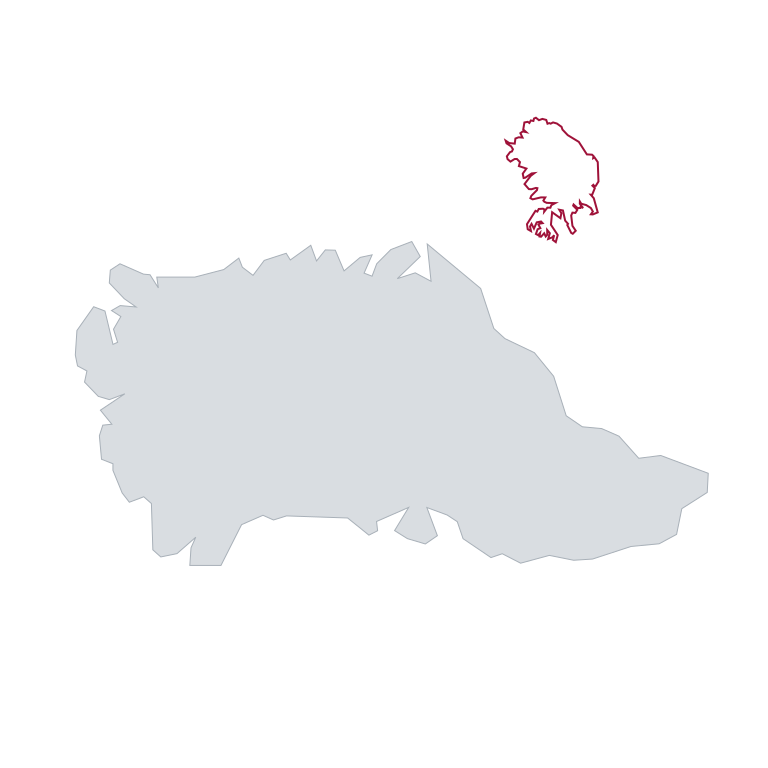 Iceland highlighted, orthographic projection, rotated 256°
{"feature_id": "ISL", "entity_name": "Iceland", "entity_type": "country or territory", "adm_level": 0, "iso_a3": "ISL", "parent_name": "Europe", "parent_adm1": "", "projection": "orthographic", "projection_center": [-19.868, 64.966], "detail": "medium", "context": "with_neighbors", "style": "outline", "palette": "rose", "viewbox_px": 768, "rotation_deg": 256, "n_neighbors": 1, "source": "natural_earth", "source_scale": "50m", "svg_char_len": 3317}
<svg xmlns="http://www.w3.org/2000/svg" viewBox="0 0 768 768"><g transform="rotate(256 384 384)"><path d="M441.1,103.8L458.3,93.9L468.5,98.9L475.7,91.0L486.8,91.5L510.2,99.0L529.2,121.0L522.3,130.9L488.0,130.6L488.9,135.6L502.6,134.8L513.1,145.0L521.2,137.4L523.9,147.0L518.7,162.1L529.6,152.6L548.5,141.9L560.7,146.0L564.5,156.9L548.8,177.2L546.6,183.4L531.8,188.3L542.7,189.4L533.5,226.3L533.8,256.2L541.3,273.6L531.6,274.8L521.1,283.2L532.9,297.7L534.5,320.7L527.0,323.1L536.3,346.5L519.7,348.3L528.3,359.5L525.6,369.1L503.4,372.6L512.6,391.5L512.2,403.7L496.4,391.5L491.5,398.5L502.4,406.0L512.8,423.2L515.5,445.4L498.9,450.0L483.0,422.4L484.3,441.2L472.3,454.5L509.4,459.8L453.3,500.9L411.3,504.0L398.8,512.3L378.0,537.5L350.4,550.5L309.1,553.1L294.5,566.1L288.1,584.4L276.5,599.4L250.3,613.2L247.7,635.2L218.9,677.0L200.6,671.4L191.0,642.8L167.3,631.5L162.4,612.3L166.6,584.4L163.7,544.0L167.1,525.4L177.7,503.0L177.1,473.2L190.7,457.7L189.7,445.8L214.8,423.3L232.7,421.8L241.6,413.6L253.8,395.7L223.9,399.1L218.8,385.4L228.3,369.3L239.2,358.8L258.3,378.1L252.4,343.5L243.2,342.3L241.0,332.8L262.8,316.3L279.6,257.5L278.8,243.9L285.9,234.8L282.0,211.8L247.4,181.9L254.9,151.7L271.7,157.1L280.9,164.3L269.5,142.1L270.2,125.6L279.0,119.6L324.3,129.4L332.7,123.6L330.9,108.3L341.6,103.6L365.8,100.1L372.2,101.7L379.3,91.7L402.6,95.3L412.1,101.2L410.8,110.2L427.2,102.5L437.2,130.2L435.3,113.7L441.1,103.8Z" fill="#d9dde1" stroke="#a8b0b8" stroke-width="1"/><path d="M580.6,565.9L583.9,564.8L587.9,561.1L590.7,560.9L587.5,563.8L585.6,569.0L590.4,570.9L590.8,574.3L589.6,578.0L594.4,577.0L595.5,579.7L594.0,582.9L597.3,580.7L603.8,583.5L603.6,586.9L602.1,588.2L604.2,590.2L603.1,592.6L605.3,593.8L605.6,595.8L602.5,598.2L602.9,601.8L601.0,605.3L597.0,605.6L597.2,607.4L596.3,608.7L596.9,611.3L594.9,614.8L590.5,618.5L587.7,618.7L581.0,622.5L571.8,631.6L557.7,636.4L556.2,641.3L554.6,642.4L552.5,641.6L552.9,643.1L547.6,645.1L528.6,641.1L525.0,637.4L525.3,635.8L526.6,635.3L526.0,634.2L523.1,636.0L517.3,631.8L517.7,630.4L513.5,632.5L498.8,632.9L498.0,627.6L498.6,625.8L500.8,628.4L504.7,627.3L508.7,623.5L511.2,619.0L513.7,618.2L511.5,617.6L506.6,619.8L508.5,617.7L507.3,617.1L508.0,614.3L512.3,611.4L511.3,610.7L506.2,613.7L503.7,611.1L504.7,608.3L502.2,606.4L491.9,605.1L486.3,607.1L484.1,603.5L485.3,602.2L493.9,600.3L494.9,601.3L498.7,599.3L509.1,599.6L510.7,596.2L506.8,597.4L502.2,595.3L510.0,588.7L498.1,584.5L486.5,588.6L480.1,585.0L482.9,582.7L487.2,585.1L485.6,582.8L485.0,578.4L490.2,581.4L494.0,579.6L489.3,578.5L488.0,576.6L491.5,575.9L488.9,572.0L489.5,570.6L492.8,572.0L491.1,569.6L492.8,567.7L497.0,570.5L497.4,573.4L501.4,572.4L501.9,573.8L501.7,576.8L503.7,575.7L503.9,571.3L498.5,567.1L503.7,565.9L501.5,563.8L496.8,563.6L499.4,560.9L504.5,561.4L515.4,572.9L514.2,574.5L516.4,576.5L515.6,580.7L514.6,581.9L512.4,581.1L515.6,585.2L514.8,588.1L517.0,589.6L518.1,593.9L520.4,585.7L522.0,583.7L523.4,583.0L526.0,585.6L527.1,581.5L527.2,572.9L528.9,571.0L530.9,572.4L535.1,579.3L536.9,580.2L537.5,578.9L537.3,574.2L538.1,571.7L544.0,568.7L550.5,576.8L552.2,580.9L552.6,578.2L550.0,571.0L550.1,569.3L554.5,569.5L558.6,574.3L562.8,567.6L566.4,569.6L570.2,567.4L570.7,565.1L569.2,560.5L572.3,558.3L575.2,558.3L578.5,562.4L578.7,564.4L580.6,565.9Z" fill="none" stroke="#9f1239" stroke-width="2"/></g></svg>